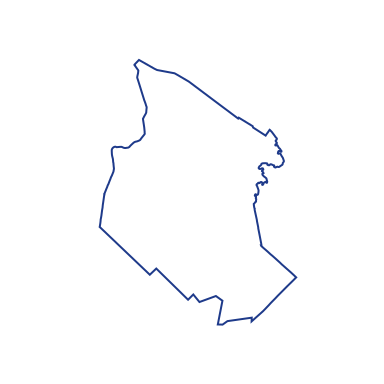 Purani, Teleorman, Romania, rotated 248°
{"feature_id": "2599482B66350034268187", "entity_name": "Purani", "entity_type": "district", "adm_level": 2, "iso_a3": "ROU", "parent_name": "Romania", "parent_adm1": "Teleorman", "projection": "orthographic", "projection_center": [25.428, 44.372], "detail": "fine", "context": "isolated", "style": "outline", "palette": "blue", "viewbox_px": 384, "rotation_deg": 248, "n_neighbors": 0, "source": "geoboundaries", "source_scale": "gbopen_adm2", "svg_char_len": 5868}
<svg xmlns="http://www.w3.org/2000/svg" viewBox="0 0 384 384"><g transform="rotate(248 192 192)"><path d="M55.0,213.5L58.2,220.6L59.6,223.5L62.3,229.7L63.6,232.5L69.0,245.1L72.0,252.4L72.6,253.8L73.8,256.6L76.5,255.4L79.7,253.9L91.3,248.1L93.6,247.1L97.3,245.3L102.8,242.6L104.8,241.5L108.2,239.9L113.3,237.3L115.4,236.3L115.7,236.1L116.2,236.0L116.5,236.0L116.3,236.4L118.5,236.9L126.6,238.5L133.4,239.8L134.6,240.2L140.5,241.3L142.0,241.7L150.2,243.1L151.4,243.3L152.3,243.5L152.5,243.6L152.9,243.8L153.0,243.9L153.4,243.9L153.7,243.8L154.3,243.9L156.9,244.5L157.9,244.9L158.0,245.4L158.1,245.7L158.8,246.6L158.9,246.9L159.0,247.6L159.2,247.8L160.8,248.5L161.1,248.8L161.4,248.9L161.6,248.9L162.1,248.8L162.3,248.8L162.6,248.9L163.1,249.4L163.7,249.6L164.0,249.7L164.3,249.5L164.5,249.1L164.8,249.0L165.1,248.9L165.3,249.0L165.7,249.3L166.0,249.7L166.1,249.9L166.1,250.0L166.0,250.3L165.2,250.8L165.0,251.0L164.9,251.2L164.9,251.5L164.9,251.8L165.0,252.1L165.3,252.5L165.6,252.7L166.9,253.5L168.3,254.2L168.6,254.3L169.1,254.4L170.6,254.5L172.1,254.5L172.7,254.6L173.1,254.6L173.6,254.4L174.1,254.4L174.5,254.5L174.9,254.9L175.1,255.4L175.1,256.0L175.7,256.8L175.7,257.0L175.4,257.3L175.0,257.9L175.0,258.1L175.0,258.3L175.4,258.8L175.5,259.1L175.4,259.5L175.4,259.8L175.2,260.1L174.9,260.4L174.7,260.5L174.1,260.5L173.6,260.4L173.2,260.3L172.8,259.9L172.6,259.8L172.4,259.8L172.2,260.0L172.2,260.5L172.3,260.8L172.5,261.0L173.1,261.4L173.4,261.7L173.5,261.9L173.6,262.2L173.7,262.4L173.8,263.1L173.9,263.8L173.7,264.1L172.7,264.5L172.5,264.8L172.6,265.1L172.9,265.3L173.4,265.6L173.7,265.7L174.0,265.7L175.3,265.8L175.9,266.0L176.7,266.0L176.9,266.0L177.9,265.5L178.6,265.1L179.4,264.6L179.8,264.4L181.2,263.9L181.7,263.8L182.0,263.9L182.3,264.0L182.5,264.1L182.6,264.9L182.7,265.1L182.7,265.3L182.9,265.3L183.1,265.4L183.6,265.4L184.0,265.2L184.8,264.8L185.0,264.7L185.4,264.8L185.6,265.0L185.9,266.2L186.0,266.4L186.1,266.5L186.4,266.6L187.1,266.6L187.3,266.5L187.5,266.4L187.6,266.2L187.7,265.8L187.8,265.3L187.7,264.6L187.8,264.0L187.9,263.7L188.0,263.4L188.2,263.2L188.4,263.0L188.7,262.9L188.9,262.8L189.1,262.8L189.3,262.8L189.6,263.0L189.9,263.3L190.3,263.8L190.5,264.1L190.8,265.3L191.3,266.4L192.0,266.9L192.1,267.0L192.1,267.3L192.2,267.7L192.2,268.0L191.9,268.9L191.7,269.7L191.2,270.9L190.5,272.2L190.4,272.3L190.1,272.4L189.9,272.4L189.7,272.4L189.5,272.2L189.2,272.1L188.4,272.6L188.2,272.9L188.2,273.2L187.9,273.6L187.9,273.8L187.9,274.0L188.0,274.2L188.2,274.6L188.3,274.9L188.2,275.3L188.2,275.5L187.9,275.8L187.7,276.2L187.6,276.3L187.0,276.7L186.8,276.9L186.3,277.5L186.1,277.8L186.0,278.0L185.8,278.1L185.6,278.1L185.3,278.0L185.0,277.6L184.8,277.5L184.6,277.6L184.2,277.8L183.8,278.1L183.6,278.3L183.5,278.5L183.4,278.8L183.6,279.5L183.5,279.9L183.5,280.6L182.9,281.3L182.7,281.9L182.6,282.5L182.9,283.3L183.1,284.4L183.2,284.8L183.3,285.2L183.4,285.9L183.6,286.2L183.9,286.5L184.3,286.7L184.6,286.9L184.8,287.0L185.0,287.3L185.8,288.5L186.3,288.8L187.3,288.9L189.0,289.0L189.8,289.0L191.2,288.7L192.5,288.5L193.7,288.4L194.0,288.4L194.7,287.9L194.9,287.5L195.0,287.3L195.1,286.6L195.1,286.4L195.3,286.3L195.4,286.2L195.7,286.1L196.0,286.3L196.7,286.7L197.1,287.1L197.3,287.3L197.4,287.5L197.5,287.7L197.4,288.0L197.3,288.4L197.1,288.7L196.1,289.5L195.9,289.8L195.9,290.0L196.0,290.1L196.4,290.3L196.9,290.2L197.9,289.9L198.9,289.8L199.6,289.5L200.1,289.2L200.4,289.1L200.9,289.0L201.9,288.9L202.7,288.8L203.3,288.7L203.6,288.5L203.8,288.4L203.8,288.1L203.7,287.6L203.6,287.4L203.7,287.2L203.8,287.0L204.0,286.8L204.3,286.8L204.5,286.9L204.7,287.1L204.8,287.3L205.0,287.8L205.1,288.3L205.2,288.6L205.4,288.9L205.7,289.0L206.0,289.1L206.3,289.0L207.3,288.7L207.6,288.7L208.0,288.7L208.2,288.8L208.4,289.0L208.5,289.3L208.7,289.8L208.9,290.1L209.2,290.4L209.6,290.6L209.9,290.7L212.2,289.9L212.9,289.8L215.9,289.0L217.0,288.7L217.8,288.5L219.5,287.8L220.3,287.5L220.6,287.3L219.1,285.0L219.0,284.9L218.8,284.7L218.7,284.4L217.7,282.8L216.7,281.4L228.9,272.8L230.3,272.9L243.4,263.2L242.8,262.3L262.3,250.5L295.6,230.4L305.6,222.7L308.6,220.3L318.2,205.3L320.3,203.4L334.3,192.3L331.7,186.5L331.1,186.6L331.0,186.3L326.4,187.4L325.1,187.7L324.6,187.7L323.9,187.3L322.4,186.5L319.8,184.7L318.7,184.1L318.4,184.0L316.7,183.9L309.2,183.3L304.6,182.9L297.2,182.3L296.0,182.2L295.0,182.1L294.1,182.1L291.2,182.0L289.3,181.8L288.1,181.8L287.7,181.7L287.3,181.6L286.9,181.4L285.8,180.8L282.8,179.3L282.5,179.0L281.9,178.4L279.7,175.6L278.9,174.8L278.6,174.3L278.3,174.0L278.0,173.9L277.7,173.8L274.8,173.1L272.7,172.6L269.8,171.9L267.1,171.1L265.7,170.7L264.5,170.2L264.0,170.1L263.7,170.0L263.5,169.8L263.3,169.6L260.9,165.3L260.6,164.9L260.3,164.3L259.9,163.8L259.7,163.4L259.6,162.9L259.5,162.1L259.5,160.3L259.6,159.5L259.8,158.4L259.8,157.4L259.7,156.8L259.4,155.8L259.0,154.8L258.6,153.7L257.9,152.0L257.2,150.7L257.2,150.4L257.1,149.8L257.1,149.2L257.4,148.2L257.6,147.2L257.8,146.5L258.0,146.1L258.4,145.5L258.9,144.9L259.8,144.1L260.4,143.3L260.8,142.2L261.1,141.2L261.6,139.6L261.7,139.1L261.9,138.8L262.6,138.1L262.8,137.6L262.9,137.2L262.9,136.3L262.7,135.5L262.4,134.8L261.9,134.1L261.4,133.6L260.9,133.3L260.2,133.0L257.7,132.1L256.4,131.7L254.9,131.4L252.7,131.1L251.4,130.8L249.2,130.1L248.3,130.0L247.1,129.6L245.1,129.0L244.0,128.7L243.3,128.5L242.7,128.3L242.1,127.9L240.3,126.8L239.9,126.4L237.3,123.9L236.0,122.4L234.4,121.0L233.2,119.8L230.5,117.3L229.8,116.4L229.0,115.7L228.5,115.3L226.6,113.4L225.3,112.2L224.5,111.4L224.0,110.9L223.1,110.2L222.7,110.0L222.8,109.8L221.9,109.4L215.7,105.8L213.5,104.5L211.0,103.2L208.6,101.7L204.3,99.3L202.5,98.2L201.3,97.4L200.5,96.9L199.4,96.4L197.4,95.3L195.4,94.1L194.7,93.7L194.2,93.3L131.1,121.9L134.4,130.2L93.6,148.0L96.5,154.8L87.2,157.7L86.6,175.2L79.8,179.5L59.5,166.3L57.6,170.7L59.0,176.5L53.1,200.3L49.7,198.8L55.0,213.5Z" fill="none" stroke="#1e3a8a" stroke-width="2"/></g></svg>